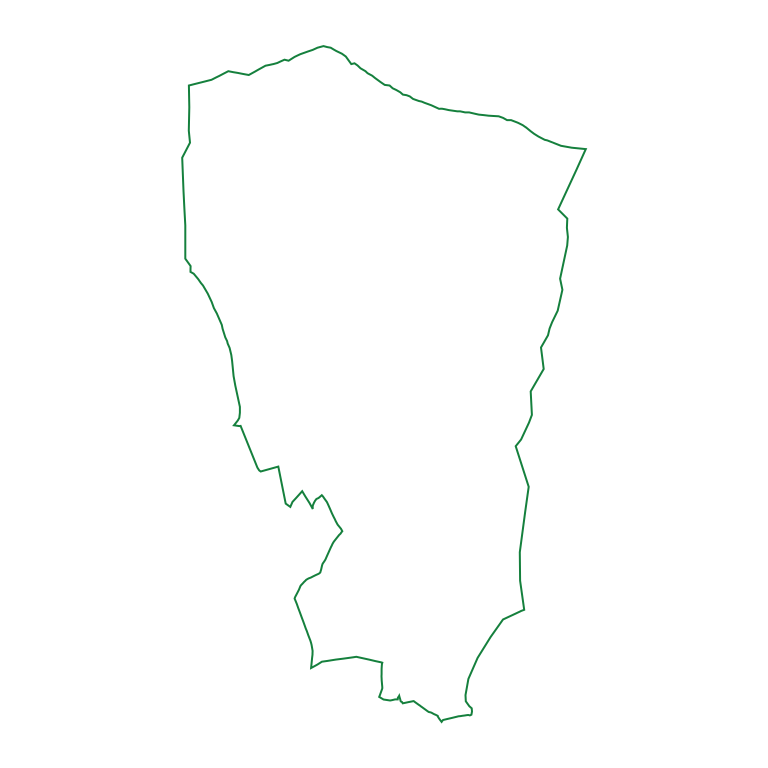 Etche, Rivers, Nigeria
{"feature_id": "59680162B93423525469915", "entity_name": "Etche", "entity_type": "district", "adm_level": 2, "iso_a3": "NGA", "parent_name": "Nigeria", "parent_adm1": "Rivers", "projection": "equal_earth", "projection_center": [7.069, 5.07], "detail": "fine", "context": "isolated", "style": "outline", "palette": "green", "viewbox_px": 768, "rotation_deg": 0, "n_neighbors": 0, "source": "geoboundaries", "source_scale": "gbopen_adm2", "svg_char_len": 4422}
<svg xmlns="http://www.w3.org/2000/svg" viewBox="0 0 768 768"><path d="M585.8,149.1L571.7,147.7L561.0,145.8L547.3,140.4L544.7,139.8L538.4,136.5L534.1,133.8L530.5,131.1L526.5,127.8L522.6,125.1L518.2,122.9L517.0,122.4L511.0,120.1L507.0,120.1L503.1,117.9L498.7,116.3L488.7,115.7L483.7,115.1L478.7,114.6L474.7,113.7L469.1,112.4L465.1,112.4L460.0,111.3L457.8,111.3L457.1,111.3L448.8,110.1L445.2,109.3L441.9,108.7L439.0,108.8L431.4,105.3L428.4,104.2L424.5,102.8L421.7,101.6L418.9,101.0L414.1,99.3L413.0,98.9L409.8,96.4L406.6,95.2L402.9,94.6L400.3,92.3L396.3,90.0L392.7,88.3L389.6,85.5L384.7,84.9L380.9,82.3L375.0,78.0L372.2,75.7L367.9,73.4L367.0,72.7L365.5,71.2L360.5,68.3L357.6,65.5L354.5,63.3L351.3,64.1L348.4,60.1L345.8,56.5L341.9,53.7L339.2,52.4L336.3,51.0L333.5,49.4L330.7,47.7L327.3,47.1L323.5,46.1L317.5,47.7L312.7,49.9L307.9,51.5L300.3,54.2L297.3,55.6L294.6,56.9L288.6,60.7L284.5,59.7L280.0,61.7L277.3,63.0L272.9,64.2L272.7,64.2L269.1,65.0L265.5,65.7L258.1,69.8L254.8,71.7L248.8,75.0L243.8,74.1L240.7,73.5L237.7,72.9L233.4,72.2L228.3,71.2L222.7,74.1L219.3,75.9L216.2,77.4L211.5,79.8L207.5,80.8L204.0,81.7L200.0,82.7L194.8,84.0L190.5,85.1L188.9,85.5L189.3,107.3L188.8,130.7L190.0,142.7L182.2,157.7L183.5,190.9L184.4,208.9L185.3,225.4L185.3,258.7L189.7,264.8L190.6,266.1L190.5,269.1L190.5,271.9L193.7,273.7L198.2,279.1L200.9,283.0L203.0,285.5L207.8,293.7L211.7,302.0L213.9,308.1L216.8,313.4L221.8,324.9L222.6,328.8L225.3,337.4L227.1,341.1L227.7,343.6L229.6,347.9L231.3,355.0L232.1,360.9L233.6,376.2L235.3,385.6L239.9,406.9L239.9,412.8L239.3,417.9L237.8,420.5L234.0,425.3L239.4,426.1L240.6,425.9L257.4,467.6L259.2,470.4L260.7,471.5L278.3,466.6L285.7,503.6L288.2,505.4L290.3,506.9L292.5,501.9L296.2,497.9L302.2,491.2L305.3,496.4L309.5,503.0L312.2,507.9L312.4,508.3L312.7,508.2L312.7,506.0L312.9,505.3L314.0,502.7L315.1,500.7L315.9,499.7L316.1,499.3L316.8,498.8L318.1,498.2L318.4,498.1L319.4,497.3L321.8,495.2L323.0,496.5L324.7,499.0L325.3,499.8L326.0,500.8L326.4,501.3L327.0,502.2L328.3,505.0L330.0,508.8L331.7,512.8L332.3,514.1L333.6,516.8L334.9,519.3L335.7,521.1L336.9,523.3L337.6,524.6L341.0,528.8L342.3,531.2L341.5,532.2L340.5,533.7L339.1,535.0L336.8,537.9L336.0,538.9L333.8,541.7L332.6,543.7L331.5,546.1L331.1,546.8L327.1,555.7L325.4,559.6L324.7,560.7L324.2,561.5L323.2,562.9L322.6,563.8L322.1,565.3L321.6,567.5L321.1,569.7L320.5,571.6L320.3,572.4L319.5,573.2L318.6,573.8L316.6,574.7L315.3,575.3L312.7,576.6L311.0,577.5L309.2,578.2L308.6,578.4L306.2,579.8L305.3,580.8L304.2,581.8L302.4,583.8L301.2,585.0L300.4,586.1L299.0,589.6L296.9,593.7L295.3,596.7L294.7,598.2L294.6,598.7L294.8,599.0L296.8,603.9L298.3,608.2L300.0,612.7L301.6,617.1L303.3,621.6L304.7,625.5L305.8,628.6L306.8,631.0L308.2,635.0L310.4,640.7L311.1,643.0L311.6,645.0L312.3,649.1L312.6,650.9L312.5,653.8L312.5,654.6L312.1,657.9L311.1,668.0L313.9,666.5L317.5,664.5L321.9,661.7L327.6,660.9L335.7,659.6L343.7,658.6L353.1,657.3L356.3,656.8L369.5,659.7L375.4,661.1L381.0,662.3L382.3,662.7L382.0,663.8L381.8,665.6L381.6,669.0L381.6,670.9L381.6,674.1L381.5,676.3L381.6,678.1L381.7,680.5L381.9,682.7L382.0,683.9L382.1,685.1L382.2,686.0L382.3,687.7L382.3,688.2L382.1,689.0L379.8,695.4L379.2,696.9L383.5,699.5L390.1,700.5L391.8,700.2L395.1,699.4L397.7,699.4L397.9,697.7L399.1,696.0L399.2,695.8L399.6,697.3L400.1,698.9L400.5,700.5L400.7,701.3L400.9,701.5L401.1,701.6L401.6,701.9L402.1,702.1L402.3,702.4L402.5,702.8L402.6,703.1L402.7,703.3L402.9,703.3L404.8,702.9L408.5,702.1L412.6,701.3L413.3,701.1L413.7,701.1L414.3,701.6L415.4,702.4L416.4,703.1L417.5,703.9L418.6,704.7L420.1,705.7L421.2,706.6L422.1,707.2L423.6,708.3L426.9,710.7L427.7,711.3L428.8,712.0L430.3,712.3L431.5,712.7L432.7,713.4L434.4,714.3L435.7,714.8L437.0,715.5L437.7,715.8L437.8,716.4L438.3,717.3L439.2,718.7L440.6,720.6L441.6,721.9L442.7,720.4L443.1,720.0L448.1,718.8L451.6,718.0L457.7,716.5L458.4,716.3L460.6,716.1L462.3,715.8L463.9,715.6L465.3,715.4L467.1,715.1L468.3,715.0L469.9,715.4L471.4,714.7L472.0,711.5L471.7,708.3L469.3,706.2L468.8,705.5L465.8,701.3L465.5,695.1L468.4,678.9L477.6,657.9L490.6,637.0L503.0,619.5L520.5,611.3L521.0,611.0L524.2,609.8L520.1,580.7L519.8,552.2L525.2,511.7L528.7,486.8L515.7,446.2L521.1,439.5L529.0,422.6L531.9,414.9L530.7,391.4L543.7,369.0L541.0,347.5L548.0,335.3L549.6,328.5L552.1,322.2L557.7,310.7L562.4,289.8L560.1,278.7L567.2,245.5L567.9,237.0L566.9,227.8L567.3,218.6L558.1,209.4L576.3,170.1L585.8,149.1Z" fill="none" stroke="#15803d" stroke-width="2"/></svg>